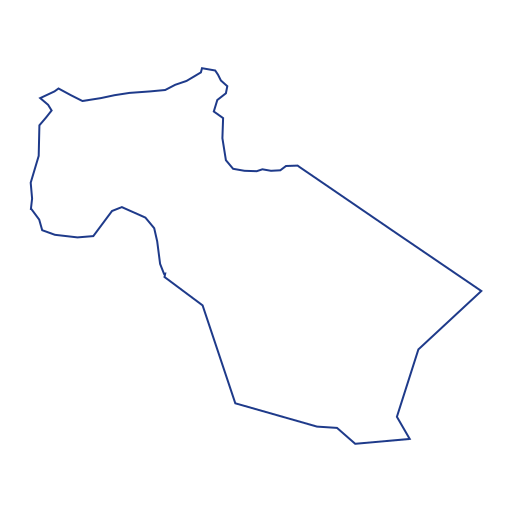 the district of Säffle, Värmland, Sweden
{"feature_id": "70781695B34912889430401", "entity_name": "Säffle", "entity_type": "district", "adm_level": 2, "iso_a3": "SWE", "parent_name": "Sweden", "parent_adm1": "Värmland", "projection": "robinson", "projection_center": [12.854, 59.089], "detail": "fine", "context": "isolated", "style": "outline", "palette": "blue", "viewbox_px": 512, "rotation_deg": 0, "n_neighbors": 0, "source": "geoboundaries", "source_scale": "gbopen_adm2", "svg_char_len": 951}
<svg xmlns="http://www.w3.org/2000/svg" viewBox="0 0 512 512"><path d="M30.9,209.0L31.4,209.1L39.2,219.6L42.0,229.5L42.2,230.2L54.9,234.8L77.5,237.4L93.3,236.1L99.2,228.2L112.0,211.0L121.8,207.1L145.4,217.6L154.2,228.2L157.2,241.4L160.1,263.9L164.0,273.8L165.2,273.6L164.5,277.0L202.6,305.4L235.3,403.3L317.0,426.6L337.0,427.9L355.2,443.8L409.0,439.0L409.7,438.9L408.4,436.7L396.9,416.8L418.4,349.4L481.3,291.0L392.4,230.5L320.6,181.4L299.8,167.2L297.6,165.6L286.0,166.0L280.3,170.3L271.0,170.8L262.4,169.3L256.7,171.2L244.5,170.8L233.1,168.8L225.9,160.2L222.4,138.2L223.1,118.1L213.8,111.5L217.3,100.0L225.9,93.3L227.3,86.2L220.9,80.5L218.0,74.7L215.2,70.5L202.0,68.2L200.9,72.4L186.6,80.9L175.2,84.8L165.2,90.0L150.2,91.4L129.5,92.9L114.5,95.2L100.9,98.1L82.4,101.0L70.9,95.2L58.5,88.5L54.5,91.4L40.2,98.1L48.1,104.8L51.6,110.5L45.9,117.7L39.4,125.3L38.7,155.9L30.7,182.7L32.1,198.6L30.9,209.0Z" fill="none" stroke="#1e3a8a" stroke-width="2"/></svg>